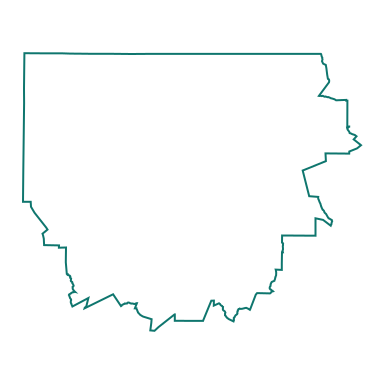 outline of Ascensión, Chihuahua, Mexico
{"feature_id": "50627088B24578642235400", "entity_name": "Ascensión", "entity_type": "district", "adm_level": 2, "iso_a3": "MEX", "parent_name": "Mexico", "parent_adm1": "Chihuahua", "projection": "albers", "projection_center": [-107.265, 31.252], "detail": "fine", "context": "isolated", "style": "outline", "palette": "teal", "viewbox_px": 384, "rotation_deg": 0, "n_neighbors": 0, "source": "geoboundaries", "source_scale": "gbopen_adm2", "svg_char_len": 5754}
<svg xmlns="http://www.w3.org/2000/svg" viewBox="0 0 384 384"><path d="M320.9,53.9L178.4,53.9L145.5,53.9L131.5,54.0L110.5,53.8L91.4,53.8L81.4,53.7L70.2,53.6L61.1,53.3L39.8,53.3L24.4,53.2L24.0,88.5L24.1,103.1L23.3,170.4L23.0,201.8L30.7,201.8L31.0,206.8L34.5,212.7L46.3,227.7L47.5,229.6L42.5,233.7L43.0,235.1L43.8,238.7L44.1,245.1L59.0,245.4L58.9,247.7L66.0,247.5L65.8,262.3L66.8,274.0L67.2,274.3L67.6,274.4L67.8,274.3L67.9,274.6L67.8,275.0L68.3,275.2L68.5,275.1L69.0,275.3L69.5,275.5L70.0,275.9L70.2,276.2L70.1,276.4L70.2,276.5L70.1,276.8L70.4,277.2L70.3,277.5L70.2,277.7L70.4,277.9L70.4,278.1L71.1,278.6L70.8,280.7L70.9,280.9L71.0,281.2L71.3,281.5L71.5,281.7L71.8,281.7L72.0,281.8L72.3,282.2L72.4,282.4L72.3,283.2L72.4,283.3L72.5,283.5L73.1,284.3L73.3,285.1L73.6,285.4L73.5,286.1L73.0,286.7L72.7,286.9L72.8,287.1L72.6,287.8L72.8,289.0L72.9,289.3L74.3,291.2L74.9,291.7L75.1,291.9L74.7,291.8L74.4,291.9L73.9,292.2L73.0,292.3L72.6,292.2L72.3,292.4L71.7,292.8L71.1,293.1L71.0,293.4L70.0,293.9L69.7,294.2L69.3,294.3L69.0,294.7L68.9,295.0L69.2,295.4L69.4,295.9L69.4,296.3L69.6,296.7L70.2,298.4L70.8,299.0L71.1,299.6L71.0,300.1L71.1,300.3L70.9,300.8L70.8,301.1L70.8,302.6L71.2,303.6L71.4,303.8L71.6,304.7L71.9,305.3L72.4,306.5L88.4,298.0L86.4,306.0L86.0,306.6L84.9,307.6L84.7,307.8L84.7,308.0L84.6,308.3L113.1,294.3L121.0,306.1L121.7,305.6L121.8,305.2L122.0,305.1L122.4,304.7L123.3,304.4L123.9,304.0L124.1,304.0L124.3,303.9L124.6,303.6L124.9,303.7L125.1,303.5L125.5,303.6L126.2,303.5L126.8,303.5L127.0,303.5L127.4,302.9L127.9,302.7L128.1,302.5L129.3,302.7L129.8,303.0L130.1,303.2L130.4,303.4L130.9,303.4L131.6,303.6L132.2,303.5L132.9,303.6L133.0,303.6L133.8,303.9L134.5,304.0L134.8,303.9L135.7,303.5L136.0,303.5L136.3,303.3L136.6,303.2L136.9,303.2L134.9,308.3L136.4,308.3L136.4,308.7L136.5,308.9L136.6,309.2L137.1,309.9L137.4,311.0L137.8,311.6L137.9,312.2L138.0,312.5L139.3,313.8L139.9,314.6L140.4,314.9L140.6,315.1L142.4,316.2L143.2,316.6L151.6,319.2L151.3,322.9L150.3,330.4L154.5,330.8L158.6,327.0L174.6,314.4L174.8,314.4L174.8,320.8L203.0,320.9L211.3,300.7L213.9,300.6L213.8,305.6L219.0,303.3L219.3,303.6L219.9,303.9L220.1,304.1L220.2,304.5L220.8,305.2L221.5,305.7L222.0,305.9L222.1,306.2L222.5,306.6L223.0,306.9L222.9,307.5L223.0,308.1L222.8,308.9L222.9,309.5L223.0,309.8L223.2,310.2L223.6,310.5L224.1,310.8L224.7,311.3L224.9,311.6L225.4,312.6L225.2,313.2L225.0,313.6L225.1,314.4L225.0,314.9L225.0,315.3L225.2,315.5L225.4,315.7L225.8,316.1L226.0,316.3L226.3,317.0L226.9,317.5L227.3,318.1L227.8,318.3L228.6,319.0L233.5,321.4L233.7,320.7L233.9,320.5L233.9,320.2L233.9,319.7L233.7,319.2L233.9,318.9L233.9,318.3L233.8,317.9L234.1,317.5L234.5,317.3L234.7,317.0L234.8,316.5L235.0,316.2L235.2,315.9L235.4,315.5L235.7,315.3L235.8,315.1L236.5,314.7L237.1,314.1L237.2,313.9L237.2,313.6L237.4,313.5L237.4,313.1L237.4,312.9L237.3,312.3L237.3,311.9L237.7,311.4L237.7,310.8L237.8,310.7L237.8,310.3L238.2,310.0L238.3,309.4L238.6,309.0L239.0,308.7L238.9,308.9L239.1,309.0L239.7,308.6L239.9,308.8L240.5,308.9L241.0,308.9L242.6,308.7L243.6,308.4L244.2,308.3L245.1,308.0L245.9,307.9L246.4,307.9L248.5,308.9L248.7,309.1L248.9,309.1L249.6,309.6L249.9,309.8L250.3,309.0L255.8,294.6L257.1,293.1L270.0,293.4L270.7,292.9L271.3,292.0L272.2,291.5L273.0,291.3L272.9,291.2L272.6,291.2L272.4,290.7L271.9,290.6L271.6,290.5L271.1,289.7L270.5,289.5L270.4,289.3L269.8,288.8L269.7,288.5L269.7,287.5L269.9,286.8L270.3,286.1L270.5,286.0L270.6,284.9L270.6,284.3L270.7,284.0L270.9,283.8L271.3,282.6L271.7,282.0L272.0,281.8L272.5,281.7L272.8,281.5L273.1,281.3L273.7,281.1L273.9,281.0L274.4,280.8L274.5,280.2L274.9,279.4L275.0,278.9L275.1,278.4L275.4,277.5L275.3,277.3L275.6,276.5L275.8,276.1L276.1,275.3L276.2,272.6L275.9,270.4L275.7,269.6L281.8,269.9L281.8,263.3L282.0,252.3L282.9,252.3L282.8,251.9L282.7,251.4L282.5,251.1L282.7,250.6L282.6,250.4L282.7,250.1L282.9,249.8L283.0,249.3L282.9,247.3L282.8,246.2L282.9,245.8L283.0,245.6L282.9,245.2L283.0,244.5L283.0,244.3L283.0,244.0L283.1,243.7L282.6,242.8L282.0,242.6L282.1,235.5L315.5,235.7L315.5,218.3L323.1,219.9L330.7,225.7L330.9,225.1L331.3,224.6L331.2,224.4L331.5,223.4L331.8,222.1L332.0,221.7L332.2,221.2L332.1,220.9L331.8,220.6L331.7,220.2L331.7,219.9L330.6,219.4L330.2,219.1L329.4,218.6L329.2,218.5L328.9,218.3L328.6,218.3L328.3,217.8L327.9,217.3L327.5,216.5L327.1,215.9L326.1,214.0L325.3,213.3L324.6,212.6L324.4,212.3L324.3,211.7L323.9,210.8L323.1,209.9L322.7,209.8L322.5,209.4L322.3,209.1L322.2,208.6L321.6,207.6L321.5,207.1L321.0,206.0L321.0,205.7L320.6,204.6L320.5,203.9L320.2,203.3L319.7,202.4L319.7,202.2L319.3,201.4L318.9,200.1L318.6,199.7L318.4,199.2L318.2,198.2L318.1,197.5L318.2,196.9L309.2,196.2L305.5,181.6L302.7,170.5L305.0,169.6L325.9,161.1L325.5,153.4L349.2,153.6L349.3,151.5L356.8,148.5L357.3,148.2L361.0,145.2L353.7,139.4L356.5,136.3L355.7,135.7L355.3,135.3L355.0,135.1L354.7,135.0L354.5,134.9L354.3,134.9L353.6,134.5L353.4,134.5L352.9,134.4L351.9,134.0L351.4,133.7L350.6,133.3L350.3,133.3L349.9,133.2L349.6,133.0L349.6,132.7L349.2,131.7L347.7,129.7L347.3,128.7L347.1,127.7L347.4,127.7L347.5,127.6L348.1,127.6L348.2,127.4L348.4,127.0L348.9,126.9L349.2,126.8L349.2,126.5L347.3,126.5L347.4,100.7L346.2,100.7L346.2,99.9L336.1,100.3L334.9,99.5L334.4,99.3L334.1,99.1L333.9,99.1L333.4,98.9L332.7,98.7L331.7,98.4L331.0,98.3L330.1,97.8L328.4,97.1L328.1,97.2L327.6,97.2L327.1,97.0L326.7,96.9L325.5,96.5L325.1,96.7L324.4,96.7L324.2,96.6L323.8,96.3L323.2,96.1L323.0,95.9L322.8,95.8L321.7,96.1L320.7,95.8L320.2,95.9L319.4,96.0L318.9,95.9L329.0,82.3L329.2,81.0L329.1,80.0L328.7,79.2L328.2,79.1L327.9,78.8L327.2,74.8L326.4,68.3L325.8,64.9L325.7,64.8L324.8,64.5L324.2,64.2L323.1,63.6L322.0,61.2L322.5,59.3L322.2,58.3L322.3,57.6L321.8,56.8L321.6,56.2L321.3,54.8L321.1,54.1L320.9,53.9Z" fill="none" stroke="#0f766e" stroke-width="2"/></svg>